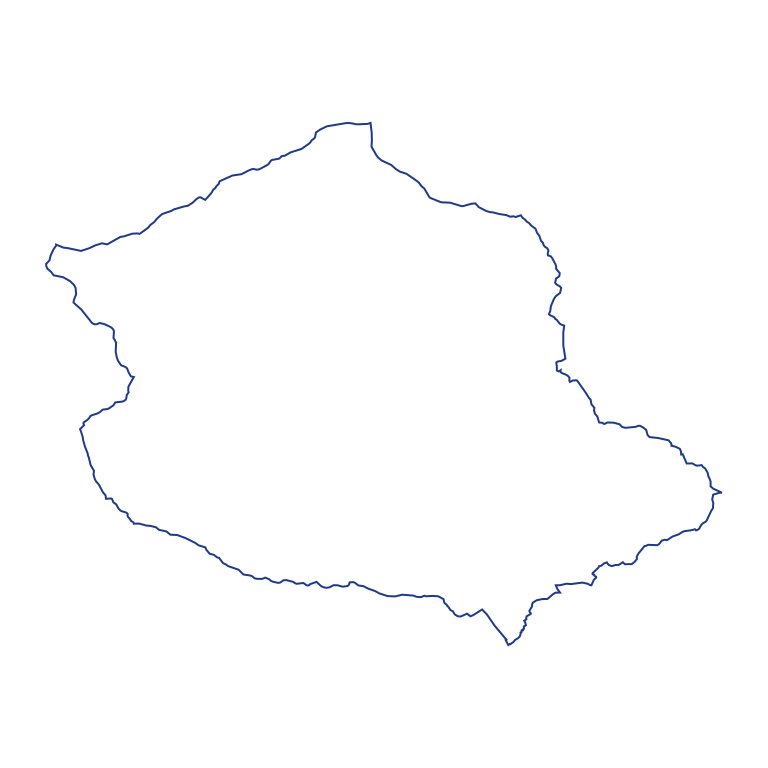 Comarnic, Prahova, Romania (Robinson projection)
{"feature_id": "2599482B19428684373237", "entity_name": "Comarnic", "entity_type": "district", "adm_level": 2, "iso_a3": "ROU", "parent_name": "Romania", "parent_adm1": "Prahova", "projection": "robinson", "projection_center": [25.622, 45.269], "detail": "fine", "context": "isolated", "style": "outline", "palette": "blue", "viewbox_px": 768, "rotation_deg": 0, "n_neighbors": 0, "source": "geoboundaries", "source_scale": "gbopen_adm2", "svg_char_len": 6075}
<svg xmlns="http://www.w3.org/2000/svg" viewBox="0 0 768 768"><path d="M721.9,492.7L713.3,488.7L710.6,486.4L710.6,481.5L709.4,478.2L708.5,476.7L707.6,472.6L705.1,468.4L702.9,466.8L701.6,465.1L697.6,465.7L695.4,465.2L692.3,463.4L686.7,463.5L682.7,454.2L681.2,454.5L680.9,451.2L679.8,448.8L675.5,446.7L671.5,445.8L671.6,444.7L670.9,443.1L668.5,440.3L658.1,438.0L649.6,437.1L647.6,435.1L646.2,429.9L643.0,427.4L639.9,425.8L638.6,425.8L635.3,426.9L625.5,427.8L622.2,427.0L619.6,424.3L613.8,422.7L607.3,422.5L604.4,424.0L603.5,423.7L602.6,422.8L599.1,422.5L597.3,416.4L595.2,414.1L594.0,410.7L594.4,407.9L591.4,404.2L590.6,399.6L589.1,398.2L586.2,393.4L577.3,380.8L576.0,380.1L574.6,380.5L573.1,380.4L569.9,381.9L569.3,380.4L569.5,377.8L568.1,376.1L566.1,374.7L561.5,372.9L560.4,371.5L560.6,370.2L558.9,371.4L556.9,370.6L556.8,366.1L556.3,362.9L556.5,362.2L557.8,361.5L561.4,360.9L565.4,358.7L563.3,345.6L563.3,332.5L564.2,325.7L561.3,324.6L559.6,323.5L556.9,320.0L554.9,318.6L554.3,317.2L550.1,315.2L549.1,314.4L549.0,313.9L550.2,311.3L550.9,306.2L553.7,299.4L555.7,296.3L560.1,292.9L561.2,287.9L560.0,286.5L556.5,284.4L555.5,283.4L555.2,282.7L556.0,278.6L559.2,276.3L559.8,273.2L556.1,268.8L556.2,266.7L555.6,264.5L552.0,257.8L550.7,256.3L548.0,255.4L547.7,253.2L548.4,251.2L548.2,249.7L547.0,248.1L544.7,246.6L543.4,244.7L543.0,242.9L540.9,240.6L539.5,236.1L537.0,232.8L535.5,228.7L531.3,225.7L528.9,222.9L527.1,221.9L524.7,219.3L522.5,217.8L520.9,215.3L515.6,217.0L513.5,216.3L510.2,216.7L506.3,215.1L499.1,214.0L492.7,212.3L490.3,212.2L486.3,211.0L478.7,207.1L475.4,203.4L471.7,203.7L463.0,206.1L461.4,206.1L450.2,202.7L441.1,202.3L430.2,197.9L429.2,196.9L424.3,188.5L421.5,186.2L419.0,182.8L416.9,181.0L406.5,173.8L399.8,171.6L395.9,169.1L391.3,165.0L381.5,160.4L378.0,157.4L376.3,155.1L371.5,146.7L371.9,140.6L371.7,132.6L370.5,122.9L367.6,123.9L358.4,124.3L355.3,124.2L353.9,123.7L349.1,123.0L345.9,123.1L326.9,126.3L320.3,129.5L315.9,132.5L315.3,136.3L314.5,138.2L311.8,140.2L309.7,143.1L301.6,148.9L290.5,152.4L285.1,155.6L281.5,156.2L280.3,157.7L278.9,158.7L271.9,160.0L270.8,160.8L268.8,163.7L267.7,164.8L259.2,169.3L256.9,169.7L253.4,169.0L251.8,169.2L248.4,170.6L241.5,174.2L232.5,175.5L220.1,181.0L219.5,181.5L218.7,184.0L216.5,186.0L215.2,188.2L213.3,189.6L211.4,193.0L205.2,199.9L200.5,197.3L199.1,197.4L196.5,199.0L192.8,202.6L187.8,205.8L184.3,206.4L173.9,209.4L171.2,211.0L163.0,213.7L161.4,214.6L156.9,218.7L154.1,222.2L150.5,224.8L148.0,227.8L139.6,233.9L137.1,233.4L132.3,233.7L123.8,236.4L120.4,236.9L107.1,244.4L102.0,243.3L95.2,245.4L89.0,248.3L81.0,250.9L67.7,248.1L63.4,247.6L56.1,244.6L56.1,245.6L53.5,249.4L51.7,253.1L50.6,255.7L49.5,260.3L46.1,264.0L46.4,266.6L47.5,268.8L51.2,272.0L53.6,275.3L63.1,277.2L70.0,281.1L73.9,284.8L75.6,288.0L76.1,293.6L76.0,294.7L73.9,299.9L73.5,302.6L81.3,309.5L92.2,323.2L94.7,324.3L96.9,324.2L99.6,323.0L104.4,324.1L110.3,326.9L111.9,328.0L113.1,329.3L113.8,330.6L113.9,332.2L113.5,338.1L114.7,339.8L116.1,342.8L115.7,351.8L116.7,357.1L118.0,360.7L121.1,365.3L125.3,366.9L127.1,368.4L128.6,372.4L130.8,376.3L133.8,377.0L128.4,386.7L128.2,390.4L128.6,392.4L126.8,394.9L126.2,398.7L125.6,399.8L123.7,401.1L122.3,401.6L115.3,402.4L113.4,405.3L109.0,408.4L106.6,409.2L103.2,409.5L102.2,410.0L99.7,412.3L97.1,413.6L91.3,415.4L90.2,416.4L89.1,418.2L87.0,420.2L83.6,422.4L83.4,423.4L84.0,425.3L80.0,429.2L80.9,431.2L82.8,437.4L83.1,440.0L84.9,446.4L87.7,453.5L88.0,455.6L88.8,457.4L90.6,465.1L94.0,470.8L93.5,474.6L94.7,478.8L95.9,481.2L98.9,484.6L103.0,492.4L105.5,495.3L106.1,498.8L111.2,498.5L112.0,498.9L113.4,502.4L116.1,504.2L118.3,508.2L119.7,509.9L121.4,511.1L126.1,512.5L127.3,513.4L127.7,514.2L127.5,515.7L127.9,516.6L130.3,519.6L130.8,520.7L133.5,522.4L133.8,523.7L139.2,523.6L146.1,525.5L150.3,525.9L155.8,527.2L159.2,529.9L166.3,531.4L170.4,534.7L177.2,535.0L185.5,538.1L195.1,542.8L198.7,545.4L205.4,547.4L206.3,549.7L209.6,553.7L213.8,554.8L217.1,557.4L219.1,557.9L223.1,563.2L225.7,564.3L228.1,566.1L238.6,569.7L243.4,574.5L250.2,575.5L252.2,576.3L254.5,578.2L256.6,578.8L262.2,578.9L265.3,577.6L269.4,579.4L270.6,580.6L272.6,581.6L278.1,582.9L280.3,582.5L283.4,580.3L286.3,580.1L293.3,581.9L295.0,583.2L296.7,583.8L303.4,583.0L306.5,585.2L307.9,585.5L309.1,585.2L310.2,584.1L316.6,581.9L321.2,586.2L323.7,587.3L326.5,587.8L329.2,587.4L333.6,585.2L337.6,585.3L342.7,586.7L347.6,586.0L348.9,584.8L349.7,582.4L353.0,582.1L354.7,582.6L358.3,585.4L363.5,586.2L368.1,588.6L375.0,591.0L379.3,593.4L387.7,596.1L395.3,596.4L402.2,594.7L413.6,595.6L416.1,596.7L419.4,597.1L421.3,597.0L424.3,595.7L425.9,596.3L432.9,595.9L438.3,596.3L443.6,599.2L444.0,601.7L444.7,603.2L446.6,604.7L446.9,605.5L448.4,607.0L450.5,610.1L452.9,611.3L454.7,614.4L457.9,616.3L460.7,616.5L467.0,613.7L470.4,616.3L473.3,615.1L482.1,609.5L486.8,614.3L494.8,625.9L506.4,639.7L505.7,640.1L508.3,645.1L510.0,643.9L510.3,644.2L513.2,642.2L515.3,639.8L517.9,638.3L519.7,636.6L520.6,633.9L520.5,632.6L521.5,632.3L521.5,630.9L523.1,630.2L523.2,629.8L522.7,629.5L523.9,628.7L523.8,626.5L525.9,625.3L525.0,621.9L524.2,620.8L526.4,619.2L526.2,618.1L526.6,616.3L530.7,614.0L530.8,613.3L529.6,611.9L529.4,610.8L532.1,606.3L532.1,604.1L532.9,602.6L536.8,600.2L542.7,599.0L547.4,599.0L552.6,594.5L555.4,592.7L560.0,592.6L557.3,588.9L555.8,585.3L560.0,585.2L566.6,583.7L570.9,584.1L582.3,582.6L587.8,583.8L590.1,585.1L591.4,585.3L593.9,579.7L595.9,578.0L596.2,577.3L596.1,576.8L594.3,575.6L594.2,574.7L592.7,574.3L592.5,573.5L592.8,572.9L598.1,568.0L598.7,567.2L598.9,566.3L601.3,565.7L604.1,563.4L606.9,562.4L607.7,563.8L609.0,565.1L611.9,566.1L615.3,565.0L618.8,564.9L622.9,562.2L624.8,564.2L631.8,564.1L634.7,561.8L636.9,559.1L636.8,556.6L638.3,553.7L644.5,546.1L645.9,545.9L648.1,544.8L657.2,545.2L659.2,544.0L661.7,540.7L664.4,539.8L667.3,540.0L672.4,536.6L678.8,534.3L682.1,532.1L684.6,531.1L691.1,530.3L694.6,529.3L695.2,529.3L696.1,530.4L698.2,529.5L699.5,528.3L701.1,525.1L703.0,523.2L705.4,521.9L706.6,520.7L711.4,510.5L712.9,508.4L713.3,503.0L712.2,499.5L713.2,494.6L719.3,492.8L721.9,492.7Z" fill="none" stroke="#1e3a8a" stroke-width="2"/></svg>